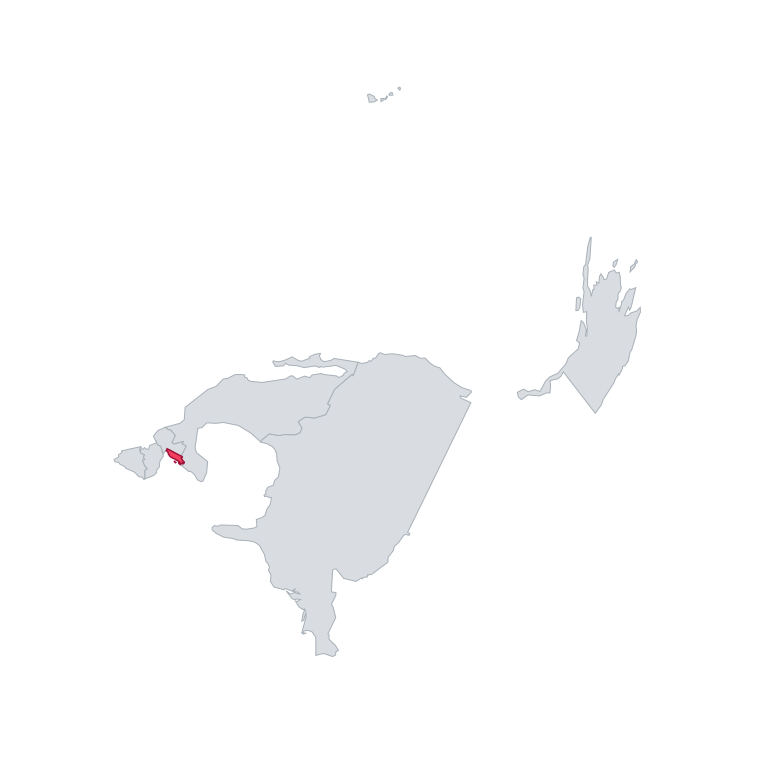 Belize highlighted, Equal Earth projection, rotated 116°
{"feature_id": "BLZ", "entity_name": "Belize", "entity_type": "country or territory", "adm_level": 0, "iso_a3": "BLZ", "parent_name": "North America", "parent_adm1": "", "projection": "equal_earth", "projection_center": [-88.465, 17.185], "detail": "fine", "context": "with_neighbors", "style": "filled", "palette": "rose", "viewbox_px": 768, "rotation_deg": 116, "n_neighbors": 5, "source": "natural_earth", "source_scale": "50m", "svg_char_len": 7392}
<svg xmlns="http://www.w3.org/2000/svg" viewBox="0 0 768 768"><g transform="rotate(116 384 384)"><path d="M362.7,297.7L507.1,297.7L507.2,295.1L509.0,295.1L509.8,298.8L511.3,299.9L520.3,301.4L525.3,303.5L529.6,302.6L537.8,304.3L542.5,302.4L561.0,311.9L561.6,313.7L562.9,314.4L562.6,315.0L565.0,314.5L566.4,317.3L568.7,318.1L568.1,319.3L573.7,322.6L576.4,335.0L571.3,345.7L571.9,347.4L573.8,348.6L594.0,340.1L592.5,335.8L594.9,334.7L605.2,334.6L606.8,331.9L615.1,325.0L633.2,324.9L633.6,323.2L637.4,321.8L640.1,313.3L643.5,308.1L645.5,309.9L648.9,308.8L651.5,310.7L652.6,320.1L657.8,326.3L641.6,334.2L638.3,340.0L638.6,343.8L640.8,347.6L643.1,347.8L642.3,345.2L644.1,346.8L643.8,348.8L628.0,351.8L623.6,353.9L631.6,352.6L633.3,353.9L625.8,356.1L622.2,356.1L622.3,355.2L620.8,357.3L622.4,357.6L621.6,362.8L617.9,368.5L617.4,366.6L614.2,364.4L615.6,368.3L617.0,369.7L617.3,372.5L612.8,381.3L613.8,375.9L610.7,373.1L609.7,366.9L608.8,370.1L610.3,374.8L606.5,373.7L610.5,376.1L611.1,383.2L612.8,383.7L614.7,393.8L611.4,399.4L605.5,401.7L602.0,406.2L599.1,406.6L596.3,409.5L595.5,412.0L589.4,417.0L583.6,425.3L582.8,430.8L584.0,436.2L588.9,448.5L589.0,451.9L592.0,461.1L591.8,469.6L590.4,474.5L588.6,475.5L585.7,474.5L584.7,471.0L582.4,469.2L575.2,453.2L576.4,447.9L574.6,443.6L569.9,437.0L567.6,435.8L561.7,439.4L557.8,435.3L554.1,433.4L547.5,434.4L542.3,433.5L535.4,435.3L536.4,437.3L536.3,440.5L537.6,442.1L536.5,443.1L534.3,442.0L532.1,443.4L527.8,443.2L523.4,439.1L518.3,440.0L514.0,438.2L505.4,440.6L499.9,446.4L494.0,449.8L490.6,453.6L489.2,457.2L489.0,462.7L490.2,469.2L487.9,469.4L479.1,465.2L476.4,455.9L473.1,451.4L468.5,441.4L464.5,438.2L459.7,438.4L455.7,444.6L450.9,442.2L448.0,439.9L445.1,431.5L437.0,422.9L426.9,422.9L426.7,426.1L410.5,426.1L389.2,416.9L389.9,415.4L375.8,416.8L375.3,412.9L372.0,408.5L369.5,407.6L369.1,405.4L365.9,405.0L364.1,402.9L358.8,402.2L357.5,400.9L357.4,396.8L352.9,389.2L349.7,378.8L350.1,377.1L344.7,368.4L344.9,362.4L342.6,358.4L344.9,352.4L345.8,346.2L345.0,340.8L348.4,334.1L352.2,321.4L353.1,312.1L351.8,303.2L352.8,301.9L359.9,304.1L361.4,310.5L363.0,308.7L362.7,297.7ZM317.7,181.3L294.5,228.1L299.1,228.3L303.0,229.8L308.0,236.1L313.9,232.9L319.4,231.0L320.7,234.0L326.5,238.9L330.7,249.8L337.8,253.7L336.8,257.5L333.1,260.5L327.4,256.2L327.7,250.9L323.1,246.1L322.4,240.6L310.4,240.0L305.4,238.4L298.0,232.4L286.5,229.4L279.7,229.8L267.3,224.9L261.5,226.1L260.5,230.0L251.6,231.5L240.6,234.6L241.6,231.3L246.7,225.8L252.6,224.1L252.0,222.7L244.4,225.8L239.2,229.5L230.2,233.5L232.2,236.3L225.5,240.4L213.2,244.7L210.6,247.3L201.4,250.4L198.3,253.2L191.2,255.8L188.1,255.3L171.2,261.1L161.7,262.9L161.5,261.9L181.4,253.8L187.9,253.1L191.7,250.6L200.4,247.1L206.8,243.8L210.1,239.4L214.4,236.0L207.9,237.7L206.9,236.7L203.2,238.8L201.7,235.9L199.2,238.0L199.1,235.1L193.0,237.4L190.0,237.4L191.7,234.0L193.8,231.9L192.0,229.9L185.2,231.0L180.5,227.0L182.5,223.9L180.5,221.6L184.4,218.5L190.2,215.5L193.7,212.8L197.6,212.4L200.2,213.2L205.6,210.7L208.6,211.2L213.2,209.6L213.9,207.2L212.0,206.3L216.6,204.4L208.3,205.5L206.1,206.6L203.4,205.5L196.6,206.1L190.8,204.9L190.4,202.9L187.0,200.0L206.4,195.6L210.0,195.6L207.7,198.0L217.2,197.8L215.7,194.8L211.6,193.0L207.6,188.8L202.8,187.3L207.1,185.0L214.9,184.8L221.8,182.8L224.5,180.7L230.4,178.7L244.4,176.4L248.0,176.7L256.1,174.5L261.9,175.3L263.6,177.2L266.0,176.4L273.0,176.6L272.1,177.6L278.1,178.3L282.7,177.9L301.6,180.2L307.7,179.5L317.7,181.3ZM163.4,209.5L165.4,210.5L168.7,209.9L175.4,212.0L170.3,213.7L166.6,211.6L162.4,211.9L161.6,211.4L163.4,209.5ZM134.3,516.0L137.3,520.7L131.2,525.6L129.8,524.4L129.8,519.1L131.5,516.9L131.8,514.5L134.3,516.0ZM131.6,510.4L128.8,512.0L127.4,509.1L128.1,508.4L131.6,510.4ZM127.5,507.1L127.1,507.9L123.9,507.7L124.5,506.7L127.5,507.1ZM120.5,502.7L122.2,505.9L121.8,506.4L119.3,506.0L118.7,503.8L120.5,502.7ZM113.1,498.6L112.0,501.3L110.2,499.8L111.7,498.5L113.1,498.6ZM174.8,227.7L178.2,228.2L177.2,230.3L173.8,231.2L169.5,228.6L174.8,227.7ZM229.8,241.5L232.8,241.9L233.9,243.7L222.3,248.7L220.6,247.2L221.3,244.4L229.8,241.5Z" fill="#d9dde1" stroke="#a8b0b8" stroke-width="1"/><path d="M375.8,416.8L389.9,415.4L389.2,416.9L410.5,426.1L426.7,426.1L426.9,422.9L437.0,422.9L445.1,431.5L448.0,439.9L450.9,442.2L455.7,444.6L459.7,438.4L464.5,438.2L468.5,441.4L473.1,451.4L476.4,455.9L479.1,465.2L487.9,469.4L490.2,469.2L486.5,482.0L485.1,496.8L489.0,511.5L492.9,517.6L496.6,526.3L503.0,528.5L505.5,531.9L524.0,525.9L527.9,522.5L531.0,508.5L541.5,504.5L550.6,504.1L552.0,505.8L551.9,509.7L548.6,514.6L547.2,519.6L548.3,521.0L545.9,530.9L544.3,528.8L541.9,529.1L539.7,534.0L538.6,533.1L537.9,534.7L526.5,534.6L526.4,539.2L523.7,539.2L529.9,546.2L529.7,549.0L521.8,549.0L518.8,555.8L519.7,557.3L518.8,561.7L508.7,550.1L503.7,547.9L492.1,552.5L466.1,539.9L459.6,533.8L450.0,530.7L447.5,526.9L441.1,522.3L438.3,517.1L437.0,513.1L439.0,512.3L438.5,510.0L440.0,507.9L440.1,505.1L436.0,494.1L422.7,474.8L417.7,471.5L416.7,469.6L417.9,464.6L411.8,458.9L410.7,453.4L407.5,452.7L401.9,444.7L401.9,442.3L397.6,430.4L398.0,427.4L394.0,424.3L392.0,424.6L388.9,422.5L387.7,425.7L388.3,435.2L395.6,446.3L396.2,449.0L397.3,448.9L398.1,454.0L404.2,462.9L405.7,470.3L408.7,477.6L408.7,481.8L411.6,482.1L415.8,489.3L412.9,493.7L411.8,493.7L410.5,488.8L406.8,484.2L399.8,478.3L400.4,472.4L399.8,468.1L393.3,462.0L392.4,463.1L387.5,459.1L384.4,454.5L387.3,454.3L389.7,451.3L390.3,447.8L386.2,442.2L382.9,440.0L375.8,416.8Z" fill="#d9dde1" stroke="#a8b0b8" stroke-width="1"/><path d="M571.9,591.7L570.4,593.5L565.6,590.5L564.2,591.6L560.1,589.4L559.1,590.5L547.0,575.3L547.6,574.0L548.7,575.2L551.1,574.3L552.7,572.3L552.6,568.2L555.3,568.1L556.7,565.9L558.5,567.6L562.4,563.2L563.9,559.6L566.8,561.0L572.7,557.8L574.8,557.9L574.0,560.6L574.7,563.6L572.6,569.8L573.0,579.4L572.0,580.2L571.9,586.0L570.7,588.1L571.9,591.7Z" fill="#d9dde1" stroke="#a8b0b8" stroke-width="1"/><path d="M574.8,557.9L572.7,557.8L566.8,561.0L563.9,559.6L562.4,563.2L558.5,567.6L556.7,565.9L555.3,568.1L552.6,568.2L552.7,572.3L549.1,574.7L548.1,572.0L546.2,571.3L546.6,568.0L545.8,567.1L541.8,567.5L536.5,562.7L537.8,560.6L537.8,557.3L545.5,550.7L551.6,551.6L557.2,549.6L560.6,550.5L563.5,549.6L567.3,551.0L574.8,557.9Z" fill="#d9dde1" stroke="#a8b0b8" stroke-width="1"/><path d="M518.8,561.7L519.7,557.3L518.8,555.8L521.8,549.0L529.7,549.0L529.9,546.2L523.7,539.2L526.4,539.2L526.5,534.6L537.9,534.7L537.3,550.5L543.5,551.9L537.8,557.3L537.8,560.6L536.5,562.7L535.1,563.2L535.4,564.2L531.9,568.4L524.9,566.8L518.8,561.7Z" fill="#d9dde1" stroke="#a8b0b8" stroke-width="1"/><path d="M537.7,534.6L537.7,533.9L537.9,533.3L538.4,533.1L539.1,533.6L539.4,533.8L539.6,533.7L539.9,533.4L540.3,532.5L541.3,530.7L541.7,529.4L542.0,529.2L542.6,529.1L543.1,529.2L542.7,530.1L543.1,530.3L543.4,530.2L544.1,530.2L544.3,531.2L544.3,532.1L543.6,534.4L543.5,535.1L543.2,536.3L543.6,537.1L543.2,538.1L543.1,538.7L543.1,539.7L543.3,541.6L542.9,544.4L542.4,545.6L542.0,546.0L541.4,547.2L540.6,547.5L539.5,549.5L539.3,550.0L539.4,550.5L539.1,550.5L538.0,550.4L537.3,550.5L537.3,548.4L537.4,545.2L537.5,542.9L537.6,540.6L537.6,538.9L537.7,536.6L537.7,534.6ZM545.2,533.7L544.9,533.9L545.1,533.4L545.2,533.1L545.5,531.8L545.8,531.9L545.2,533.7ZM545.8,537.8L545.3,539.0L545.3,538.7L545.5,537.8L545.7,537.5L545.9,537.2L545.9,536.8L546.2,537.0L546.1,537.4L545.8,537.8Z" fill="#f43f5e" stroke="#9f1239" stroke-width="1.5"/></g></svg>